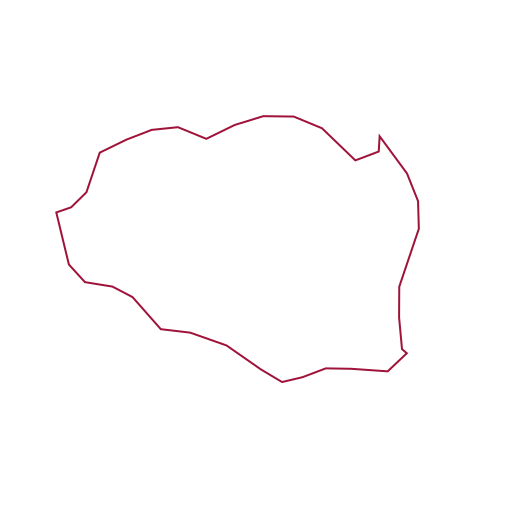 outline of Seongnam-si, Gyeonggi, South Korea, rotated 244°
{"feature_id": "91817680B94836834309250", "entity_name": "Seongnam-si", "entity_type": "district", "adm_level": 2, "iso_a3": "KOR", "parent_name": "South Korea", "parent_adm1": "Gyeonggi", "projection": "natural_earth1", "projection_center": [127.117, 37.399], "detail": "fine", "context": "isolated", "style": "outline", "palette": "rose", "viewbox_px": 512, "rotation_deg": 244, "n_neighbors": 0, "source": "geoboundaries", "source_scale": "gbopen_adm2", "svg_char_len": 664}
<svg xmlns="http://www.w3.org/2000/svg" viewBox="0 0 512 512"><g transform="rotate(244 256 256)"><path d="M382.7,95.6L330.4,84.1L327.9,84.8L307.5,90.8L295.7,107.5L291.5,113.5L273.2,127.0L232.9,138.1L232.0,138.3L216.0,163.2L188.5,190.3L151.9,210.7L140.1,218.4L131.3,224.2L128.1,238.3L126.7,244.6L124.4,269.5L112.9,292.1L94.6,323.8L102.5,348.9L108.3,346.4L138.1,357.7L165.6,371.3L190.8,396.2L209.1,414.3L234.3,425.7L264.0,427.9L309.4,419.6L296.1,412.1L298.4,387.2L341.9,371.3L364.8,351.0L378.5,323.8L383.1,294.4L383.1,262.7L406.0,242.3L415.1,217.5L417.4,190.3L417.4,160.9L387.6,131.5L380.8,111.2L382.7,95.6Z" fill="none" stroke="#9f1239" stroke-width="2"/></g></svg>